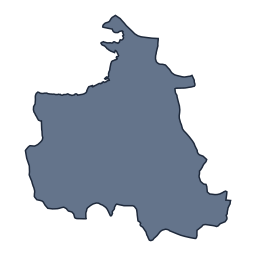 outline of Sinuras, Al Fayyum, Egypt
{"feature_id": "37247803B57049820860179", "entity_name": "Sinuras", "entity_type": "district", "adm_level": 2, "iso_a3": "EGY", "parent_name": "Egypt", "parent_adm1": "Al Fayyum", "projection": "orthographic", "projection_center": [30.822, 29.442], "detail": "fine", "context": "isolated", "style": "filled", "palette": "slate", "viewbox_px": 256, "rotation_deg": 0, "n_neighbors": 0, "source": "geoboundaries", "source_scale": "gbopen_adm2", "svg_char_len": 5697}
<svg xmlns="http://www.w3.org/2000/svg" viewBox="0 0 256 256"><path d="M86.2,218.5L85.9,217.7L85.8,213.3L86.0,212.2L86.5,210.9L86.9,208.8L87.7,207.7L90.5,205.5L92.3,204.4L93.5,203.8L96.4,203.0L98.6,203.2L100.7,204.4L102.6,205.1L104.4,206.4L105.8,207.4L107.2,209.2L108.0,210.7L110.3,215.6L110.8,215.9L111.5,215.6L112.5,213.4L112.2,211.9L112.7,211.1L114.2,209.2L114.5,208.1L114.4,207.4L115.9,204.7L116.7,204.1L119.6,204.8L122.2,205.3L123.8,205.7L125.7,205.7L132.7,205.7L134.3,206.4L136.5,209.2L136.8,210.8L137.2,213.9L137.2,214.7L138.0,220.9L138.8,221.5L139.3,221.5L140.7,223.2L140.2,224.1L140.2,225.1L141.0,226.1L142.7,227.1L146.0,232.0L146.9,235.1L147.7,236.4L148.0,237.4L148.6,238.7L149.4,240.2L150.8,240.6L152.3,240.1L152.8,239.9L154.0,238.3L155.3,237.2L157.1,235.5L159.9,232.0L161.1,230.9L162.4,230.1L165.5,229.2L166.9,229.4L168.7,229.9L169.5,230.7L177.8,234.1L181.0,235.3L184.9,236.4L190.2,237.6L195.2,238.5L195.8,238.4L196.5,237.4L197.0,235.3L196.9,234.2L197.0,230.3L201.1,227.0L201.6,226.7L202.6,225.4L203.4,224.8L205.5,224.5L213.1,225.6L215.0,226.0L216.6,226.5L218.1,225.9L220.2,223.7L225.1,221.7L226.8,219.3L227.0,218.0L226.2,215.2L226.7,214.6L227.2,213.8L227.3,211.7L227.8,209.4L228.0,208.0L229.5,204.8L230.0,204.0L230.2,202.7L230.2,201.9L230.6,200.5L229.8,200.4L229.1,200.4L227.5,200.2L225.9,200.2L226.7,194.2L226.9,191.8L225.6,191.1L224.0,191.7L222.8,192.5L219.9,193.9L217.3,194.5L215.0,194.6L211.8,194.2L209.7,194.0L207.3,192.0L206.9,187.8L206.8,186.7L206.0,184.4L204.6,184.2L203.6,184.0L202.0,182.7L200.6,181.4L199.1,177.0L199.1,175.2L199.3,174.9L199.5,173.4L199.5,171.0L200.7,169.7L202.2,167.3L202.9,165.7L203.7,164.3L206.0,161.6L206.7,159.5L203.1,156.2L199.4,154.8L198.3,153.8L197.5,152.5L197.2,151.2L197.2,150.4L196.1,148.3L194.9,145.8L194.0,143.4L192.4,140.9L189.4,137.0L187.7,135.0L186.4,133.5L183.9,130.9L182.5,128.9L181.3,124.5L180.5,122.7L179.3,118.3L179.2,115.6L179.6,112.7L179.8,109.9L179.4,105.9L178.5,102.6L177.2,97.4L177.0,96.3L176.9,95.3L175.5,93.0L175.2,91.2L174.9,88.8L176.1,88.2L184.8,88.0L187.4,87.6L189.0,87.3L191.3,87.0L193.4,86.4L194.2,86.3L194.9,85.3L194.9,84.0L194.3,82.1L194.2,80.1L192.0,75.4L191.2,75.7L190.2,76.3L189.1,76.3L184.9,77.0L183.9,77.0L182.3,76.8L176.5,75.4L174.4,74.7L171.9,72.9L171.1,71.9L169.5,69.4L168.4,68.3L166.2,65.8L165.4,65.0L162.7,64.3L160.1,64.2L159.0,63.9L157.4,62.9L156.3,61.7L156.1,60.9L155.8,59.9L155.5,59.1L155.5,58.6L155.6,55.7L156.1,53.8L156.3,52.2L157.0,49.3L157.9,45.9L157.8,44.1L158.0,41.7L158.2,39.9L158.2,38.5L152.1,38.2L144.0,37.2L141.1,36.8L137.9,35.8L134.7,33.8L131.9,31.0L126.3,25.7L124.3,23.2L122.2,20.9L121.3,19.9L120.2,18.6L115.4,15.4L113.4,16.7L112.3,17.3L111.1,18.6L109.6,21.1L109.1,21.6L107.5,22.4L106.2,22.7L104.9,23.3L104.4,23.8L103.4,24.7L102.9,25.7L102.7,26.8L102.9,27.2L112.2,29.1L112.8,30.6L113.3,31.4L114.2,32.2L114.7,32.4L115.7,32.6L117.8,32.6L118.4,32.3L119.1,31.7L120.2,31.2L120.7,31.2L121.5,30.9L122.0,30.9L122.8,31.4L122.5,31.9L122.8,32.1L122.8,32.9L123.1,33.7L123.4,34.2L123.7,35.0L123.2,35.5L122.7,35.8L123.0,36.6L123.5,37.4L123.5,37.9L123.3,38.7L121.8,40.0L121.0,40.1L120.2,39.8L119.5,41.4L119.5,41.9L118.7,42.7L118.2,43.0L117.9,43.3L117.4,43.1L117.1,42.8L116.6,42.8L115.8,42.6L115.0,42.1L114.5,41.8L113.4,41.9L112.9,42.7L112.2,43.0L111.1,43.0L110.6,42.8L107.2,42.9L104.8,42.2L104.3,42.2L103.5,41.7L101.9,42.3L101.7,42.5L101.1,42.8L100.9,43.1L101.4,43.8L101.7,44.6L102.3,44.9L103.1,45.4L103.6,45.6L104.4,45.8L106.6,47.9L106.8,48.4L107.4,48.9L107.9,49.1L109.0,50.1L109.8,50.4L110.3,50.9L114.6,52.6L115.1,51.0L115.3,50.5L116.1,51.0L116.4,51.2L116.9,52.0L118.6,55.6L118.1,56.4L117.4,56.7L116.6,56.7L116.3,57.5L116.4,58.0L116.9,58.3L117.2,58.8L116.7,59.3L115.4,59.9L114.8,59.9L113.8,60.5L112.8,60.8L112.3,61.0L111.5,61.8L111.3,62.6L110.8,63.7L110.6,64.8L109.9,68.4L109.9,69.0L109.5,70.8L109.0,71.6L109.0,72.1L108.7,72.7L108.5,73.7L108.6,75.6L108.5,76.5L107.8,77.4L107.1,77.2L106.8,76.9L105.8,77.5L105.5,78.0L105.0,78.3L104.7,78.6L105.3,79.3L106.8,78.8L108.2,78.7L109.0,79.2L109.3,80.3L108.5,80.5L108.0,80.6L107.2,80.8L106.4,81.7L105.6,81.9L105.1,82.2L104.6,82.2L104.2,82.4L103.5,81.8L102.2,82.3L102.0,82.6L102.0,83.1L100.7,83.7L100.5,83.4L99.1,83.5L95.5,85.4L94.2,86.0L94.0,86.3L92.8,86.8L92.4,86.8L91.9,86.3L92.7,85.8L92.4,85.5L91.6,85.8L91.1,86.1L90.3,86.1L89.3,86.7L88.8,86.7L88.0,88.0L86.8,90.7L86.8,91.2L86.6,91.7L86.1,92.5L85.8,92.8L84.5,93.6L83.0,94.2L81.4,94.5L80.6,94.6L79.3,94.9L78.6,94.9L77.8,95.2L77.2,94.4L76.4,93.9L75.6,93.9L74.9,94.2L74.4,94.8L73.8,95.0L73.1,95.1L72.3,95.4L71.5,95.4L71.2,95.1L70.4,94.9L69.9,94.9L69.6,94.7L68.8,94.4L68.3,94.2L68.0,93.9L67.5,93.9L66.7,94.2L66.2,94.5L63.3,94.6L63.1,94.9L62.6,95.2L61.8,95.2L61.0,95.0L60.4,94.4L59.7,94.5L58.6,94.2L57.8,94.5L55.7,94.6L55.2,94.4L53.9,94.1L52.0,94.2L51.2,94.0L49.7,94.0L49.1,93.8L48.6,93.8L47.8,93.6L46.8,93.1L44.1,93.2L43.6,93.4L42.0,93.5L41.0,93.3L40.5,93.3L39.9,93.0L39.1,92.5L38.6,92.3L37.8,92.1L37.3,92.6L36.3,93.4L35.5,95.3L35.3,96.6L35.4,99.7L35.1,103.9L33.6,106.6L33.4,109.7L34.0,112.1L34.9,113.4L35.4,114.7L36.8,117.0L37.4,118.3L38.5,120.1L40.6,121.0L41.4,121.0L41.7,129.4L42.0,131.2L42.2,135.4L42.8,137.7L42.3,139.8L41.6,140.9L40.3,142.3L38.0,144.4L36.0,145.5L34.4,146.1L30.0,145.7L28.7,146.6L27.9,147.4L25.9,149.8L25.4,150.6L26.7,158.2L29.3,165.9L29.5,171.9L29.2,174.9L30.6,178.5L30.8,179.0L31.7,181.0L32.3,183.4L33.2,186.2L33.8,187.5L34.6,190.6L34.7,192.2L34.5,193.0L34.3,196.4L34.9,197.4L36.8,199.7L40.0,200.4L41.8,200.9L43.2,201.9L45.1,205.2L47.8,208.3L52.6,208.9L57.3,208.7L58.9,208.4L62.0,207.5L63.8,207.2L66.5,208.7L67.0,209.5L68.4,211.0L71.6,211.9L72.1,212.2L73.7,214.0L74.6,217.3L75.2,218.1L76.8,218.6L81.0,218.7L84.1,218.8L86.0,218.8L86.2,218.5Z" fill="#64748b" stroke="#1e293b" stroke-width="1.5"/></svg>